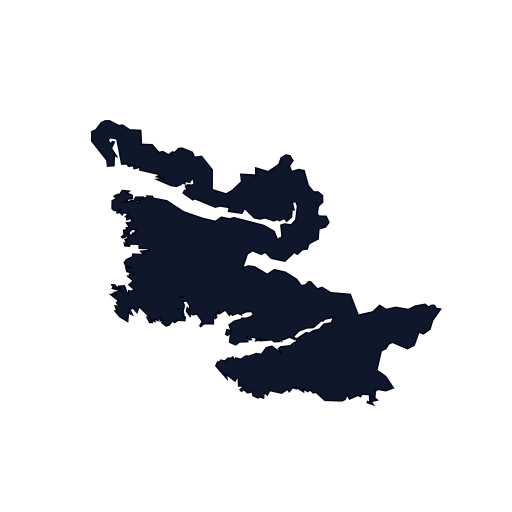 the district of Lødingen nor, Nordland, Norway, rotated 68°
{"feature_id": "86288312B56909660985265", "entity_name": "Lødingen nor", "entity_type": "district", "adm_level": 2, "iso_a3": "NOR", "parent_name": "Norway", "parent_adm1": "Nordland", "projection": "orthographic", "projection_center": [15.635, 68.46], "detail": "fine", "context": "isolated", "style": "filled", "palette": "ink", "viewbox_px": 512, "rotation_deg": 68, "n_neighbors": 0, "source": "geoboundaries", "source_scale": "gbopen_adm2", "svg_char_len": 6142}
<svg xmlns="http://www.w3.org/2000/svg" viewBox="0 0 512 512"><g transform="rotate(68 256 256)"><path d="M117.0,360.0L119.1,353.9L109.9,349.8L111.5,347.9L102.1,349.8L97.3,344.7L96.2,346.2L98.0,348.7L93.0,349.9L91.7,346.8L95.2,341.1L120.5,346.1L122.2,341.4L125.1,340.5L126.4,335.6L129.3,336.4L130.4,330.0L132.7,331.5L143.7,315.8L145.7,316.8L144.8,319.3L149.8,311.9L147.8,319.3L158.9,308.3L161.7,303.4L161.5,298.5L160.3,297.1L162.5,294.9L160.1,293.9L162.9,289.9L160.2,286.4L161.0,285.4L165.9,286.1L166.5,288.5L164.4,292.9L164.9,295.3L169.0,294.8L168.5,297.8L170.4,299.9L180.3,293.5L180.1,291.1L195.4,275.5L196.1,270.7L201.0,262.6L204.3,264.7L211.1,253.0L207.5,248.7L220.0,243.2L223.2,238.4L224.1,233.2L230.1,226.3L230.0,222.7L232.0,220.9L231.7,215.6L235.3,214.6L233.1,208.4L225.8,205.0L227.5,203.5L219.2,202.1L220.8,198.7L225.2,198.8L237.3,205.5L240.4,211.8L237.1,217.3L236.7,221.4L247.3,224.4L249.0,226.6L248.2,227.4L249.1,230.0L239.9,230.0L230.4,237.6L212.2,262.2L211.7,266.6L207.1,273.5L208.7,280.7L201.2,291.3L188.0,306.5L171.4,318.0L164.0,329.6L161.8,329.8L159.6,334.6L160.7,334.4L160.3,340.5L159.1,338.7L156.4,345.4L158.3,347.7L161.6,343.2L163.0,344.4L157.5,350.9L158.2,352.8L156.1,360.0L156.8,355.3L155.2,353.0L156.3,349.0L153.3,348.1L149.1,352.3L148.4,349.3L145.1,355.4L148.1,359.7L147.0,361.0L147.4,365.2L150.4,363.7L150.9,368.6L158.1,371.7L160.9,370.3L161.8,362.5L161.8,367.2L162.9,368.5L164.0,365.5L164.0,369.1L164.8,365.7L167.7,364.6L166.2,362.8L168.9,358.1L170.6,362.2L172.8,358.1L171.7,361.1L174.0,362.3L174.4,356.4L177.9,359.4L176.8,363.7L182.1,362.5L181.3,365.7L183.4,365.8L182.5,369.2L185.4,370.0L187.2,366.1L184.6,361.0L187.2,357.2L189.4,360.5L188.3,362.4L190.1,361.2L189.8,365.5L188.0,365.1L186.7,370.1L187.9,373.5L189.2,373.0L189.4,368.0L191.9,367.7L191.6,371.3L196.0,370.9L194.6,373.3L197.4,373.8L199.5,369.7L197.7,368.1L201.5,360.0L205.0,361.4L208.8,353.0L210.8,352.7L208.5,361.0L212.7,359.4L208.1,369.5L210.5,371.0L210.9,377.7L212.9,380.7L217.3,380.2L221.2,374.6L217.6,381.0L222.1,381.5L227.2,374.7L225.5,380.1L228.0,381.7L225.9,382.9L233.2,379.0L235.1,384.6L241.6,381.3L241.9,385.4L240.5,387.0L244.8,389.4L234.3,389.2L233.0,393.6L234.5,394.4L232.8,394.8L234.3,396.0L229.8,397.9L228.4,401.1L231.7,398.1L231.2,400.4L232.2,401.4L238.1,393.5L236.7,400.9L240.4,399.4L237.0,403.3L238.3,403.9L237.7,404.9L246.1,400.2L247.1,402.8L252.2,401.4L249.4,405.2L254.7,405.7L254.2,407.3L261.1,405.1L268.6,399.5L261.0,395.5L264.2,392.6L257.2,393.1L258.4,391.1L256.2,390.1L263.9,387.6L259.0,383.3L272.4,377.7L271.9,380.1L277.7,379.5L278.8,377.1L275.8,376.7L279.0,374.4L276.2,373.3L279.3,371.3L277.4,368.1L278.0,366.7L280.2,369.0L281.4,366.1L282.5,368.3L287.2,365.6L287.4,362.1L284.9,357.9L287.2,356.3L286.4,352.2L289.3,346.2L286.2,344.5L284.5,347.3L285.1,345.3L281.6,344.6L275.8,349.2L277.2,346.8L276.5,345.6L280.3,344.5L275.0,340.9L265.7,341.4L268.1,339.2L265.7,338.3L270.9,340.1L271.8,336.9L277.5,336.1L281.8,338.0L278.1,339.1L281.3,341.2L288.0,339.5L283.9,339.1L286.9,336.6L287.7,332.4L296.6,330.3L299.6,334.1L300.7,333.7L299.3,329.7L302.9,321.0L296.6,318.2L298.7,317.2L298.0,315.3L294.3,316.1L295.9,314.9L294.5,313.3L295.6,312.0L293.4,311.2L295.7,310.8L294.6,304.6L301.0,302.9L299.8,300.8L302.1,299.9L302.2,294.4L305.0,291.6L304.0,291.5L304.1,285.8L305.7,280.9L309.4,280.3L310.3,283.1L310.1,288.7L308.3,292.5L309.2,293.6L308.3,300.0L309.8,306.8L316.1,307.1L313.5,310.5L317.2,313.4L318.9,312.2L317.6,308.3L326.0,312.8L330.8,308.1L329.5,303.6L332.2,296.1L329.3,297.4L328.3,294.6L330.7,295.2L331.7,291.6L328.6,291.8L332.4,286.1L334.5,288.1L335.0,285.3L333.9,284.3L336.3,284.4L333.1,282.6L336.4,283.0L339.7,272.5L342.2,271.4L344.1,266.1L343.2,264.2L344.3,264.0L342.9,263.2L343.9,261.6L343.7,255.4L347.5,251.7L344.5,251.1L341.5,244.1L341.8,235.6L343.8,229.7L340.3,219.3L341.3,218.4L340.3,215.7L342.0,207.0L346.2,211.3L344.6,218.5L347.6,224.6L346.8,231.0L347.7,235.4L345.9,238.2L348.1,249.1L347.2,250.1L351.4,250.2L350.5,252.3L352.0,257.9L349.5,267.3L350.3,269.9L356.6,268.5L345.6,275.1L344.9,280.9L349.3,287.7L346.5,292.5L346.3,299.6L344.9,303.0L346.1,308.8L343.0,313.0L344.7,314.9L340.9,315.4L341.5,317.5L340.2,320.3L341.7,324.1L339.4,327.6L340.8,330.3L339.8,331.2L342.8,334.4L358.8,328.9L354.3,328.0L364.1,322.3L361.3,319.2L362.7,318.2L370.0,320.8L372.1,315.8L374.1,320.9L376.0,320.2L375.3,317.2L379.7,315.2L380.5,310.4L384.4,311.1L388.4,307.2L387.8,305.6L390.6,302.2L385.5,299.7L389.2,297.5L385.8,293.8L392.8,283.5L391.2,276.4L394.2,276.1L391.8,271.2L394.1,268.5L392.7,268.0L399.8,262.8L397.1,261.8L401.1,258.8L400.5,255.8L404.3,254.3L404.9,251.3L415.6,246.3L422.5,230.6L422.4,227.2L418.6,223.5L423.6,222.9L423.4,213.6L425.6,211.8L423.8,209.3L427.1,202.7L434.6,205.3L432.7,207.0L433.5,207.8L437.8,203.0L434.0,203.8L435.0,197.5L430.5,200.1L431.0,198.5L426.1,196.1L425.2,193.0L429.5,186.2L429.8,178.1L416.3,180.9L407.2,186.8L390.7,175.3L390.6,170.3L387.3,166.0L387.1,161.8L398.7,150.3L398.0,142.8L387.5,133.4L390.9,130.0L389.0,122.1L381.9,116.4L374.4,104.7L372.1,108.6L368.7,109.0L367.5,111.4L368.0,115.1L364.1,117.4L362.1,126.9L362.6,134.9L355.9,145.7L354.4,155.2L348.1,159.9L351.6,168.6L349.2,183.4L326.9,183.0L318.1,200.4L309.9,206.5L309.5,211.4L300.3,215.1L299.5,216.9L301.4,220.7L300.6,225.1L292.8,227.1L281.9,235.0L275.6,244.1L277.3,252.4L265.4,261.5L262.4,266.8L261.9,272.8L250.9,263.3L249.8,257.2L256.4,250.6L256.0,246.0L263.8,242.7L271.6,231.2L266.9,219.0L269.8,217.1L267.5,210.5L268.7,205.9L264.4,202.2L263.5,192.0L254.6,187.7L255.1,180.8L252.2,175.8L245.5,176.1L242.6,182.7L240.0,183.5L233.2,179.6L231.0,174.0L224.9,171.7L219.8,174.5L218.2,178.6L210.4,181.2L194.9,179.4L191.9,183.8L191.0,191.4L185.1,191.3L181.4,186.0L175.8,187.0L173.6,190.3L174.4,195.8L179.7,200.5L182.4,213.1L174.2,223.3L182.5,226.4L180.3,227.1L174.5,239.5L181.7,241.5L186.3,253.4L187.3,260.4L178.0,271.8L159.7,264.3L143.2,269.2L141.5,276.0L136.0,276.2L128.3,284.2L127.4,287.6L129.5,292.3L128.2,294.7L129.5,299.0L124.3,303.3L123.6,307.3L113.9,310.6L109.6,320.4L96.4,315.8L91.7,325.9L84.7,330.6L83.8,334.3L75.8,341.1L74.2,345.3L74.4,349.5L79.1,357.3L79.2,361.6L87.8,365.2L111.4,358.4L117.0,360.0Z" fill="#0f172a" stroke="#020617" stroke-width="1.5"/></g></svg>